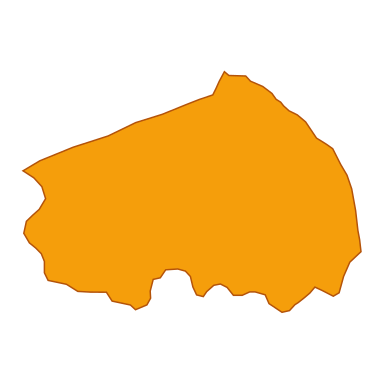 outline of Bjurholm, Västerbotten, Sweden
{"feature_id": "70781695B45286900623809", "entity_name": "Bjurholm", "entity_type": "district", "adm_level": 2, "iso_a3": "SWE", "parent_name": "Sweden", "parent_adm1": "Västerbotten", "projection": "orthographic", "projection_center": [18.977, 63.981], "detail": "fine", "context": "isolated", "style": "filled", "palette": "amber", "viewbox_px": 384, "rotation_deg": 0, "n_neighbors": 0, "source": "geoboundaries", "source_scale": "gbopen_adm2", "svg_char_len": 1192}
<svg xmlns="http://www.w3.org/2000/svg" viewBox="0 0 384 384"><path d="M23.0,170.8L33.8,177.8L41.9,186.7L45.6,198.7L39.2,209.4L32.8,215.1L26.4,221.3L23.8,233.3L29.4,242.9L35.7,248.0L41.3,253.7L44.4,261.4L44.4,272.8L48.1,280.4L57.6,282.4L66.5,284.3L77.8,291.4L90.5,292.1L106.4,292.2L112.1,301.1L130.4,305.0L135.5,309.7L146.9,304.9L150.6,298.2L150.2,291.1L153.2,279.4L160.3,277.8L165.7,269.8L177.8,269.0L185.4,271.1L190.4,276.5L192.9,287.0L196.6,294.9L203.3,296.6L206.7,291.6L213.8,285.3L220.4,284.0L227.1,287.4L233.4,295.3L242.2,295.3L249.7,291.9L255.1,291.9L265.2,294.8L269.0,303.6L282.0,312.3L289.5,310.6L294.9,304.7L298.2,302.6L304.5,297.6L309.9,293.0L314.9,287.1L322.0,290.4L333.3,296.2L339.1,292.8L343.6,276.4L349.8,262.2L358.5,254.0L361.0,251.7L359.6,239.6L357.9,230.5L355.6,210.5L351.7,188.9L347.0,175.2L340.7,164.5L332.7,148.7L326.9,144.6L326.3,144.2L316.5,138.1L305.6,121.9L297.3,114.9L289.0,110.8L283.6,105.9L280.7,102.2L276.1,99.3L272.0,93.5L262.8,86.5L250.5,81.2L245.7,76.0L228.9,75.5L224.4,71.7L219.2,81.4L216.0,88.5L212.8,94.9L199.2,99.5L186.2,104.6L162.3,114.3L135.7,122.6L108.0,136.0L73.2,147.2L40.0,160.7L23.0,170.8Z" fill="#f59e0b" stroke="#b45309" stroke-width="1.5"/></svg>